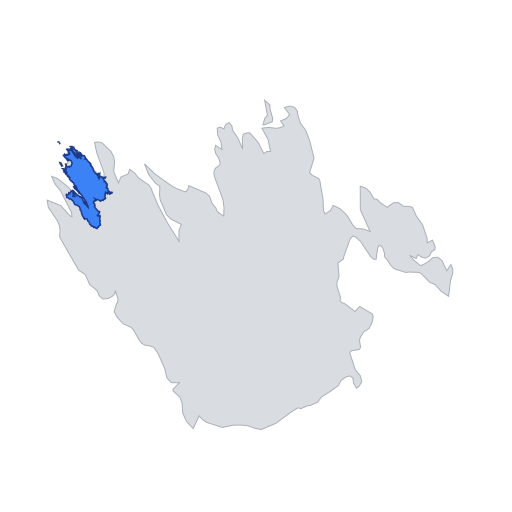 Kenmare Lea-6, Kerry, Ireland shown in context, rotated 73°
{"feature_id": "5873133B7020974913459", "entity_name": "Kenmare Lea-6", "entity_type": "district", "adm_level": 2, "iso_a3": "IRL", "parent_name": "Ireland", "parent_adm1": "Kerry", "projection": "natural_earth1", "projection_center": [-9.998, 51.923], "detail": "fine", "context": "in_parent", "style": "filled", "palette": "blue", "viewbox_px": 512, "rotation_deg": 73, "n_neighbors": 0, "source": "geoboundaries", "source_scale": "gbopen_adm2", "svg_char_len": 9707}
<svg xmlns="http://www.w3.org/2000/svg" viewBox="0 0 512 512"><g transform="rotate(73 256 256)"><path d="M332.3,97.3L320.8,103.3L319.1,105.6L315.9,114.9L315.6,117.5L308.5,127.7L304.4,129.8L298.3,131.5L294.8,133.2L290.5,132.3L284.9,132.5L282.2,134.3L282.3,135.7L284.0,137.3L294.3,142.1L293.7,144.0L290.9,146.3L272.6,151.8L267.1,155.1L265.2,157.3L267.2,161.0L282.0,172.1L284.5,173.3L286.8,179.8L299.7,182.5L305.1,186.5L309.7,187.5L319.6,187.2L323.6,188.7L325.8,187.5L327.1,185.4L338.1,177.5L334.6,171.6L345.6,161.6L348.7,161.8L354.0,164.8L358.4,169.1L359.9,174.8L364.1,179.9L366.8,181.7L373.9,182.7L375.6,184.7L374.5,192.1L375.6,194.6L393.7,194.4L401.0,191.2L407.3,191.7L410.4,195.1L411.9,198.5L406.5,199.8L400.8,199.1L398.1,201.3L398.0,205.7L400.0,211.2L403.9,215.2L407.1,224.2L409.8,234.1L413.8,240.1L414.8,247.5L414.3,251.2L415.1,257.7L413.5,260.1L414.9,266.2L421.9,286.2L423.5,301.7L420.3,307.6L416.1,313.1L413.3,319.7L411.2,326.8L410.1,338.3L400.8,351.7L396.8,355.0L392.2,357.1L402.6,366.5L394.3,370.7L385.2,372.0L375.0,369.7L368.7,370.0L360.7,374.9L358.9,374.0L354.9,366.2L352.3,374.2L346.5,376.8L336.4,376.2L319.7,378.3L313.3,380.6L310.7,384.2L308.8,388.3L306.2,390.7L303.2,392.0L290.3,395.0L287.8,396.2L281.9,402.9L274.1,406.7L267.6,407.9L261.8,404.0L259.4,401.7L256.7,400.5L247.8,400.7L250.6,401.9L252.4,404.6L253.4,409.8L252.4,415.0L248.0,417.6L242.8,418.0L234.6,423.4L223.7,424.8L217.8,429.7L181.7,438.0L179.7,438.1L174.7,436.0L169.3,435.1L163.9,435.7L148.8,440.4L141.5,439.4L150.8,427.9L163.3,422.1L164.6,420.5L160.5,419.7L136.7,423.8L128.4,427.2L120.1,428.2L124.0,423.0L134.6,415.8L143.9,411.1L147.8,406.8L159.1,402.0L122.9,411.9L113.4,410.7L111.1,408.0L103.7,409.3L100.9,402.6L111.9,392.5L118.3,388.1L125.9,385.8L133.2,382.4L135.9,378.3L132.4,377.0L110.6,378.1L100.1,377.2L100.7,373.9L102.6,370.3L113.5,364.1L119.3,363.1L124.6,363.7L133.8,367.4L146.1,366.2L141.0,362.2L140.1,354.2L136.1,351.5L141.2,347.8L146.9,345.6L156.5,337.9L159.9,336.7L178.8,334.9L199.2,330.8L219.4,325.3L209.0,322.2L204.0,318.1L196.1,326.4L190.4,329.5L174.1,331.2L169.0,330.3L161.7,327.7L159.5,328.7L157.4,330.7L146.7,334.8L135.3,335.7L148.5,328.3L165.1,315.6L168.8,311.6L174.1,304.7L172.4,301.6L169.0,299.8L181.0,285.6L185.3,283.0L193.0,282.6L198.6,280.3L201.1,280.3L203.3,279.4L208.3,275.2L200.6,272.5L192.7,271.1L168.3,272.5L165.1,272.2L162.0,270.9L160.1,269.0L158.6,264.2L156.8,263.1L151.3,263.1L145.9,264.6L142.1,264.4L138.3,262.3L144.3,257.4L136.6,256.2L128.9,257.2L122.4,255.7L122.2,252.6L125.1,249.5L121.3,246.5L120.5,242.8L124.6,241.0L129.1,241.6L138.1,238.8L149.8,237.5L139.8,234.8L135.8,232.5L135.6,228.9L136.4,225.9L147.9,220.8L160.2,218.5L159.3,215.1L160.2,211.5L147.7,210.4L135.5,213.0L136.8,206.0L139.7,199.7L140.3,195.6L139.7,191.1L134.0,193.0L133.3,186.7L130.8,182.5L122.3,185.4L122.6,179.7L125.0,175.8L129.5,174.1L133.9,174.8L142.0,174.7L149.9,171.8L161.3,171.0L179.4,171.9L191.9,180.3L195.1,178.8L200.1,173.5L202.4,172.9L221.2,175.3L232.9,178.3L236.0,177.4L234.3,171.5L230.2,167.4L235.2,162.0L241.3,158.4L245.4,156.6L254.8,154.4L258.9,152.3L261.6,145.4L265.9,139.7L242.3,142.7L219.7,135.9L223.2,131.1L228.0,128.4L236.1,126.3L236.9,123.8L241.0,121.8L247.8,116.3L245.3,109.2L246.6,104.0L251.5,100.6L253.0,95.8L255.1,92.2L265.1,90.9L274.7,87.6L289.5,87.2L293.4,88.5L292.4,82.6L299.4,81.9L302.1,83.1L303.4,87.2L306.6,89.9L307.6,94.5L305.5,98.0L302.0,100.8L305.3,103.6L300.3,108.7L305.7,106.5L313.4,101.5L312.9,97.5L311.6,92.4L309.3,87.8L310.3,82.7L314.6,79.5L326.0,77.9L321.2,72.2L325.4,71.6L329.9,72.8L336.6,77.3L350.9,83.6L344.0,89.2L335.6,93.1L332.3,97.3ZM133.0,208.3L132.7,211.0L127.2,207.6L124.6,203.9L109.6,202.2L115.8,198.5L118.9,199.6L129.4,199.8L132.4,201.3L133.0,208.3Z" fill="#d9dde1" stroke="#a8b0b8" stroke-width="1"/><path d="M154.1,377.7L153.5,375.0L152.8,375.2L153.1,376.5L151.1,377.5L151.3,378.5L148.1,378.0L147.4,379.2L146.9,379.2L146.2,378.8L146.5,378.6L146.4,378.2L145.0,377.9L144.6,377.4L144.0,377.7L143.2,377.4L142.6,377.8L142.6,378.2L141.6,377.9L140.5,378.5L140.5,379.3L139.9,378.9L137.0,379.6L137.3,377.3L136.9,377.2L137.1,377.3L136.7,377.6L136.7,376.8L137.1,377.0L136.6,376.8L136.3,379.4L135.7,380.4L134.7,381.0L133.9,382.0L134.4,382.3L134.4,382.9L134.8,382.6L135.1,382.8L134.7,383.1L135.4,383.6L136.1,383.4L136.3,383.4L136.4,383.5L135.4,383.7L134.8,383.5L134.7,383.8L134.1,383.5L134.0,382.5L133.0,383.2L132.7,383.9L131.0,384.8L131.5,383.3L131.9,383.4L131.5,382.0L132.1,381.6L131.9,381.4L132.3,381.5L131.9,381.4L131.6,381.4L131.0,382.5L131.2,383.4L130.7,385.0L126.9,386.5L124.2,386.3L122.3,386.9L121.6,387.7L121.1,387.2L119.4,387.7L119.4,387.2L117.6,388.0L117.5,388.5L113.7,389.8L113.3,391.2L112.4,390.3L110.0,390.8L109.3,392.2L109.4,393.4L107.7,393.0L107.3,393.5L106.2,393.6L105.2,394.6L108.3,394.6L108.1,395.2L108.6,395.4L108.6,395.9L109.5,395.5L109.6,394.7L110.2,395.2L112.3,394.7L108.4,396.8L110.0,397.3L110.4,397.9L109.9,398.4L108.4,398.4L107.9,399.1L108.1,399.4L107.2,399.5L106.9,400.1L106.1,399.8L103.0,401.1L99.8,400.9L99.4,401.8L99.9,401.7L99.8,402.3L100.2,402.2L100.0,402.6L100.4,402.6L99.9,403.1L100.4,403.0L100.6,403.4L99.5,404.9L100.0,405.2L102.6,404.6L102.3,404.9L104.2,404.8L104.4,405.4L104.0,405.7L104.2,406.3L103.9,406.8L104.4,407.1L103.8,407.9L104.1,408.1L103.8,408.4L104.3,408.2L104.3,408.7L102.7,409.4L103.5,410.0L103.5,410.7L106.2,409.7L107.6,408.3L107.6,408.9L108.8,408.5L108.7,408.0L109.0,407.5L109.1,407.2L109.0,407.4L108.7,407.5L108.9,406.9L110.1,406.1L110.2,405.5L110.7,405.0L113.7,404.7L114.6,405.7L116.2,406.6L115.8,408.3L116.4,408.6L115.7,409.2L115.7,410.3L114.1,411.0L112.5,410.8L112.5,411.3L114.3,411.2L115.8,412.4L116.8,412.2L116.7,412.8L117.9,412.4L118.5,412.9L118.3,413.1L119.6,413.0L120.1,413.4L120.1,412.6L120.8,412.6L119.0,414.6L118.7,414.7L119.5,415.1L120.0,414.3L121.7,414.0L121.4,413.7L121.6,413.4L125.0,412.8L125.1,412.3L124.8,412.2L124.8,412.3L124.7,412.3L124.4,412.4L124.1,412.5L124.1,412.4L125.3,411.7L125.8,412.0L126.5,411.3L126.6,411.7L128.3,411.9L130.9,410.0L131.4,410.2L132.8,409.1L133.9,409.1L134.5,408.7L136.0,408.8L136.5,408.4L136.5,407.7L137.4,407.8L138.2,407.1L137.9,407.5L138.3,407.5L138.2,407.9L139.8,407.6L139.6,408.2L138.8,408.6L138.8,409.5L139.3,409.2L139.4,408.3L140.3,408.4L141.8,407.7L142.1,406.9L141.2,407.2L141.2,407.7L140.6,408.0L141.2,407.5L140.9,407.6L141.0,407.3L141.9,406.7L143.6,406.1L143.3,406.4L143.9,406.1L144.7,406.0L146.0,405.2L149.2,404.1L155.0,402.4L155.1,402.7L156.7,402.4L156.7,402.8L158.9,402.1L160.3,402.3L155.8,404.4L156.0,404.6L155.6,404.9L150.3,405.4L149.0,405.8L148.3,406.4L148.6,406.9L145.7,408.3L146.0,408.3L146.0,408.5L145.5,408.9L145.8,409.4L145.0,409.3L142.2,410.6L142.5,411.1L143.6,411.0L143.6,411.5L144.7,411.3L144.3,411.5L145.5,411.8L145.0,412.0L145.9,412.4L145.3,413.2L145.6,413.4L145.5,413.6L145.1,413.1L145.4,412.5L143.7,412.9L144.6,412.3L142.6,412.8L142.4,412.5L143.3,412.1L140.6,412.5L141.5,411.9L140.9,411.7L141.0,411.3L140.5,411.3L140.0,411.9L140.4,412.0L139.9,412.3L140.2,413.1L140.7,413.0L139.8,413.9L141.6,415.6L140.8,416.5L142.3,417.0L142.1,418.7L141.6,419.3L142.5,419.8L144.2,419.4L144.7,419.8L145.0,419.0L147.0,417.6L147.2,416.7L149.8,414.9L153.9,414.2L154.8,412.6L157.3,410.5L159.1,410.3L160.4,410.7L161.5,410.2L163.5,410.1L164.7,410.4L169.4,409.6L169.2,409.3L170.7,408.9L170.5,408.5L171.3,406.6L173.3,406.7L174.8,405.7L177.1,405.7L177.7,405.0L179.2,404.7L179.5,404.2L179.4,403.7L181.0,402.9L180.8,402.7L181.4,402.3L181.2,401.6L182.5,401.0L183.3,400.0L182.2,399.3L182.4,398.2L181.2,397.3L181.0,395.7L177.4,395.4L177.0,394.7L175.2,394.8L172.9,393.5L171.6,393.4L171.8,395.3L170.9,395.9L169.2,393.3L167.8,392.6L166.9,393.9L163.0,395.6L161.5,395.9L160.9,395.3L160.3,395.5L160.2,395.2L158.8,395.1L157.8,395.8L156.9,395.8L156.6,394.9L156.0,394.6L156.4,394.1L156.2,392.8L154.1,393.3L155.2,392.2L156.5,389.9L158.1,388.7L157.6,386.4L158.1,385.9L157.3,385.2L157.6,384.2L156.9,384.1L156.7,382.9L154.5,383.2L154.1,382.5L152.0,382.0L151.1,381.2L151.8,381.1L153.2,379.8L152.6,379.1L151.9,379.3L151.8,378.6L153.5,378.3L154.1,377.7ZM103.0,397.2L100.7,398.3L98.6,398.5L98.6,399.1L97.5,400.0L97.1,401.5L100.0,400.3L99.9,400.6L100.6,400.8L102.8,400.4L103.4,399.8L107.4,398.3L107.8,397.1L105.5,397.3L105.2,396.3L104.4,396.9L103.0,396.2L102.8,396.4L103.1,396.6L103.0,397.2ZM110.6,416.3L111.5,415.4L110.1,415.3L109.4,416.3L110.6,416.3ZM145.1,406.2L143.3,406.6L143.1,407.1L143.7,407.1L143.2,407.6L145.1,406.2ZM106.5,396.6L107.7,396.0L106.3,395.6L105.6,396.1L106.5,396.6ZM99.1,405.1L98.5,405.4L98.7,405.7L98.2,406.2L99.2,405.6L99.1,405.1ZM112.4,415.6L113.1,415.5L112.8,415.1L113.0,414.7L112.7,414.7L112.4,415.6ZM118.1,413.1L117.8,413.7L118.2,413.8L118.6,413.3L118.1,413.1ZM136.5,409.9L135.7,410.5L136.9,409.9L136.5,409.9ZM136.6,408.8L137.0,408.3L136.1,408.8L136.6,408.8ZM89.1,411.6L88.8,411.9L88.5,412.1L89.1,412.0L89.1,411.6ZM109.8,408.0L109.1,408.4L109.8,408.3L109.8,408.0ZM156.2,403.1L155.4,403.1L155.3,403.3L155.6,403.4L156.2,403.1ZM155.1,404.4L154.7,404.5L154.9,404.8L155.1,404.4ZM130.0,411.1L130.4,410.6L129.8,411.1L130.0,411.1ZM117.5,415.3L118.0,415.1L118.1,414.9L117.5,415.3ZM156.3,403.1L156.8,403.1L156.8,402.9L156.3,403.1ZM147.8,406.6L147.3,406.8L148.2,406.7L147.8,406.6ZM154.3,403.4L154.3,403.1L153.9,403.4L154.3,403.4ZM137.6,407.9L137.6,408.2L137.9,407.9L137.6,407.9ZM137.0,409.6L137.1,409.9L137.3,409.8L137.0,409.6ZM110.7,395.2L110.3,395.3L110.7,395.2ZM91.0,410.8L91.2,411.0L91.6,410.8L91.0,410.8ZM137.4,409.2L137.1,409.5L137.4,409.4L137.4,409.2ZM116.4,415.0L116.2,414.9L116.1,415.2L116.4,415.0ZM117.9,413.1L117.8,412.8L117.7,412.9L117.9,413.1ZM99.3,401.4L99.0,401.5L98.7,401.7L99.1,401.6L99.3,401.4ZM133.5,409.5L133.7,409.4L133.5,409.5ZM121.7,414.2L121.4,414.2L121.7,414.2ZM136.0,409.4L135.9,409.4L136.4,409.2L136.0,409.4Z" fill="#3b82f6" stroke="#1e3a8a" stroke-width="1.5"/></g></svg>